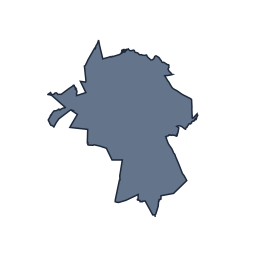 San Ciro de Acosta, San Luis Potosí, Mexico (orthographic projection), rotated 246°
{"feature_id": "50627088B368213739672", "entity_name": "San Ciro de Acosta", "entity_type": "district", "adm_level": 2, "iso_a3": "MEX", "parent_name": "Mexico", "parent_adm1": "San Luis Potosí", "projection": "orthographic", "projection_center": [-99.855, 21.589], "detail": "fine", "context": "isolated", "style": "filled", "palette": "slate", "viewbox_px": 256, "rotation_deg": 246, "n_neighbors": 0, "source": "geoboundaries", "source_scale": "gbopen_adm2", "svg_char_len": 5610}
<svg xmlns="http://www.w3.org/2000/svg" viewBox="0 0 256 256"><g transform="rotate(246 128 128)"><path d="M187.3,174.4L187.3,173.9L187.6,172.8L188.0,171.9L188.8,170.7L189.2,170.5L189.6,170.0L189.7,169.6L190.0,168.8L190.2,168.5L190.7,168.1L191.3,167.9L192.1,167.7L192.6,167.3L193.4,166.5L193.9,165.8L194.3,165.3L194.8,165.1L195.5,165.1L195.9,165.3L196.3,165.2L196.8,164.9L197.0,164.6L197.3,162.3L197.6,161.6L198.2,161.0L198.7,160.8L200.2,160.4L199.8,158.7L200.0,158.8L200.5,158.6L200.5,157.3L200.2,156.9L199.7,157.1L199.4,157.3L198.7,156.3L198.7,155.7L199.0,155.1L199.3,155.1L199.2,155.4L199.3,155.7L199.6,155.7L199.8,155.3L200.0,155.5L200.4,156.2L200.7,156.5L201.0,156.5L201.4,156.3L201.4,156.0L201.4,155.8L201.5,155.7L201.6,155.4L201.3,154.7L201.5,153.9L201.1,153.7L200.6,153.6L200.2,153.5L200.0,154.1L199.8,154.3L199.7,154.4L199.4,154.3L199.4,154.0L199.4,153.9L199.3,153.7L199.2,153.6L199.1,153.2L199.0,152.8L199.5,152.9L199.7,152.7L199.3,152.3L199.0,152.4L198.9,152.4L198.7,151.1L198.6,150.2L198.6,149.7L198.7,149.2L199.4,143.4L199.6,143.2L199.8,142.9L199.9,142.6L199.5,142.3L199.5,142.0L199.7,141.6L199.8,141.5L200.2,141.0L200.3,141.0L200.4,140.6L200.4,139.7L201.4,133.1L214.9,135.6L216.6,136.0L220.3,136.9L217.9,134.7L215.6,131.6L214.9,131.3L213.8,130.4L214.5,130.0L206.5,119.1L205.6,118.1L202.4,114.4L202.4,113.4L188.0,108.7L187.2,107.9L190.0,103.5L177.5,103.9L178.5,94.2L179.8,94.8L180.4,94.8L181.0,95.5L181.9,96.2L182.3,96.1L183.0,96.4L184.5,95.9L184.7,96.6L184.9,96.5L184.7,96.0L184.8,95.9L184.6,95.7L184.8,95.8L185.2,95.8L185.7,96.6L185.8,96.6L186.3,96.3L186.4,96.2L187.1,96.2L187.6,96.0L187.8,95.9L188.3,96.0L188.8,96.2L189.0,96.1L189.1,95.8L189.0,95.7L189.3,95.4L189.8,95.2L188.9,95.2L188.1,90.3L185.9,80.6L186.2,80.2L187.2,77.6L188.9,77.1L189.4,76.6L189.6,75.2L189.0,74.0L189.0,73.4L189.7,71.9L189.8,71.7L191.9,71.7L191.3,68.5L191.1,68.5L189.9,70.4L188.6,71.7L188.7,71.8L188.3,71.8L172.3,79.1L172.1,78.3L172.5,77.2L172.6,75.7L172.5,74.4L172.1,73.4L172.2,73.1L172.5,73.1L172.9,73.0L173.4,72.2L173.2,72.1L173.0,70.9L173.1,69.8L173.1,69.7L173.1,69.2L173.4,68.5L173.7,67.1L173.1,66.1L172.5,64.9L170.9,62.9L171.2,62.6L168.8,60.0L168.9,59.9L167.8,58.4L162.2,58.5L160.5,60.1L159.1,60.7L162.2,64.7L164.5,68.6L167.3,80.2L167.9,83.2L166.3,84.8L166.3,84.0L161.0,87.3L154.1,77.6L152.2,75.1L146.7,84.5L145.7,86.3L143.1,90.6L131.0,84.8L130.8,85.3L129.1,84.5L128.4,85.1L126.4,89.1L126.5,90.2L123.1,94.7L118.3,100.0L105.3,100.4L101.1,109.8L87.6,101.0L83.7,99.5L83.9,99.0L67.9,87.4L65.9,86.3L64.8,87.5L63.8,89.1L62.8,96.5L63.1,110.2L59.1,108.4L59.0,107.5L58.4,107.4L56.9,109.4L56.1,109.1L55.7,109.1L54.8,111.1L54.8,111.3L55.2,111.4L54.3,114.0L38.0,115.3L38.5,115.4L38.5,115.6L38.3,115.7L38.2,116.4L37.7,117.1L35.7,116.8L37.1,117.1L37.7,117.6L38.2,118.5L44.3,123.8L48.3,126.0L48.2,126.1L48.4,126.3L48.5,126.3L48.6,126.6L49.1,126.7L49.6,127.0L49.9,127.2L50.0,127.4L49.5,127.7L49.5,128.0L49.7,128.6L49.7,129.2L52.7,130.6L49.7,143.1L49.8,143.2L56.1,160.3L61.3,159.9L64.4,159.2L75.2,159.7L82.7,159.8L84.2,160.0L85.4,159.9L86.7,159.5L87.2,159.5L88.1,159.6L88.6,159.5L89.1,159.6L89.7,159.6L91.8,159.5L93.9,159.0L96.9,158.5L98.3,158.5L98.9,158.5L100.2,158.6L103.3,158.8L103.4,159.0L103.6,158.9L104.6,158.9L104.5,159.2L104.8,159.6L104.5,161.6L104.9,162.1L105.0,162.3L104.9,162.9L104.5,163.1L104.4,163.6L104.4,163.9L104.3,164.1L103.9,164.3L103.7,164.6L103.5,165.0L103.5,165.5L103.4,166.0L102.6,167.1L102.1,167.7L102.0,167.9L101.8,168.4L101.5,168.6L101.1,168.6L101.0,168.8L100.8,169.0L100.8,169.4L101.2,169.9L101.5,169.9L101.7,170.1L101.9,170.3L102.0,170.4L102.2,170.2L102.3,170.1L102.6,170.3L102.7,170.6L102.8,171.1L103.1,171.3L103.2,171.5L103.4,171.7L107.5,174.5L108.0,174.2L109.7,173.2L109.6,174.9L108.7,176.5L107.0,178.0L104.2,179.4L104.0,179.6L103.5,180.1L104.1,180.5L104.4,180.8L104.6,181.2L104.8,182.2L105.1,182.6L105.4,182.8L105.6,183.1L105.8,183.4L105.9,183.8L106.3,184.4L106.5,184.9L106.6,185.0L106.8,185.2L107.0,185.5L107.1,185.8L107.0,186.0L106.4,186.5L106.3,186.9L106.6,187.3L106.8,188.2L106.9,188.3L107.4,188.5L107.6,188.6L107.8,188.9L107.9,190.1L107.9,190.3L107.8,190.5L107.5,190.7L107.5,191.0L107.8,191.3L107.9,191.5L108.0,192.1L108.1,192.3L108.6,192.4L108.8,192.5L108.9,192.8L108.8,193.0L108.2,193.1L108.0,193.4L108.1,193.7L109.3,193.9L109.3,194.0L108.9,194.3L108.9,194.5L109.0,194.6L109.4,194.8L110.0,195.3L110.2,195.5L111.1,196.7L111.3,196.9L111.5,196.9L112.2,196.6L112.8,196.8L111.4,193.5L110.9,192.2L110.6,191.1L110.9,190.8L111.3,190.8L113.8,191.9L115.1,192.3L117.2,193.2L118.6,193.7L121.1,194.9L128.0,197.6L128.4,197.6L129.2,197.2L135.5,192.1L137.2,190.8L142.3,187.8L143.9,186.5L145.4,185.4L146.0,185.1L147.5,184.6L149.8,184.3L153.1,184.0L155.7,183.4L158.6,183.1L160.4,182.9L160.8,182.8L159.7,186.0L158.9,189.7L158.9,190.1L158.8,190.4L158.8,190.5L159.0,190.2L159.7,189.6L160.7,189.6L161.2,189.5L161.8,189.2L162.7,188.8L163.7,188.6L165.2,188.5L165.6,188.6L166.0,188.9L166.4,189.5L166.6,190.0L166.8,190.1L167.1,190.1L168.5,190.8L169.0,190.9L169.3,190.8L169.5,190.5L169.6,190.1L170.0,189.7L173.2,187.6L173.6,187.2L173.7,186.8L173.7,186.4L173.9,186.2L174.2,185.9L174.6,185.7L174.8,185.7L175.1,185.8L175.8,185.8L176.1,185.8L176.6,185.6L177.0,185.4L178.7,185.2L179.3,185.1L179.9,184.8L180.4,184.6L181.5,183.7L182.2,183.3L182.4,183.1L182.6,182.7L182.6,182.2L182.4,181.5L182.2,181.2L181.5,180.5L181.1,180.2L180.9,180.0L180.8,179.6L180.7,179.1L180.5,178.5L180.4,178.2L180.5,177.4L180.7,176.8L181.0,176.5L181.8,176.1L182.3,176.0L183.7,175.2L184.2,175.0L184.7,174.9L185.3,174.7L185.8,174.6L186.3,174.6L186.6,174.7L186.9,174.7L187.1,174.6L187.3,174.4Z" fill="#64748b" stroke="#1e293b" stroke-width="1.5"/></g></svg>